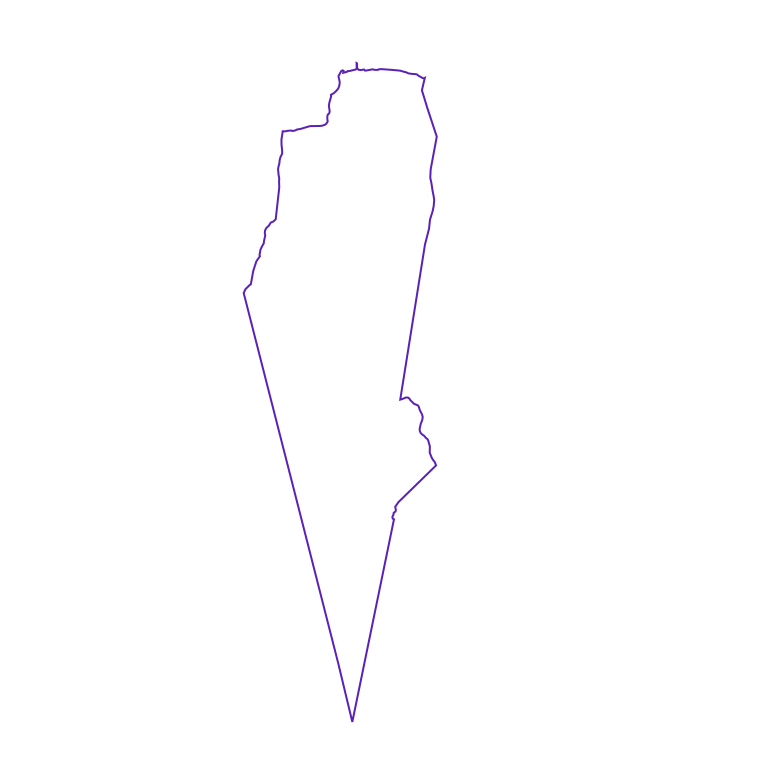 outline of Gagaemauga III, Gaga'emauga, Samoa, rotated 344°
{"feature_id": "51752279B15532907109577", "entity_name": "Gagaemauga III", "entity_type": "district", "adm_level": 2, "iso_a3": "WSM", "parent_name": "Samoa", "parent_adm1": "Gaga'emauga", "projection": "albers", "projection_center": [-172.363, -13.506], "detail": "fine", "context": "isolated", "style": "outline", "palette": "violet", "viewbox_px": 768, "rotation_deg": 344, "n_neighbors": 0, "source": "geoboundaries", "source_scale": "gbopen_adm2", "svg_char_len": 2043}
<svg xmlns="http://www.w3.org/2000/svg" viewBox="0 0 768 768"><g transform="rotate(344 384 384)"><path d="M507.6,101.0L506.7,101.2L505.2,100.3L501.8,96.8L501.1,95.6L499.9,94.9L495.8,93.4L492.9,92.0L491.4,90.6L489.3,89.4L485.8,87.2L478.4,84.3L467.7,80.4L465.6,80.1L464.8,80.4L461.2,79.3L459.9,78.4L453.5,77.8L452.1,77.5L451.4,76.1L448.4,75.9L446.3,75.0L445.2,73.4L446.4,68.2L446.1,67.9L444.7,73.4L443.6,73.9L441.1,73.8L436.6,73.6L435.1,73.2L434.5,73.7L430.6,73.6L431.5,71.9L430.7,71.1L429.3,71.3L425.3,75.3L424.9,76.8L424.9,78.9L424.6,81.8L423.3,84.9L421.4,87.4L418.4,89.4L415.4,90.8L412.8,91.3L412.4,93.1L409.0,98.5L407.6,101.7L407.0,106.7L405.9,108.8L404.4,109.4L403.3,111.0L402.5,114.0L402.3,116.0L400.8,117.5L399.3,118.4L395.8,118.7L392.7,118.1L385.1,116.0L383.4,115.7L373.9,115.8L370.5,115.4L368.5,115.8L365.8,115.6L364.8,114.8L361.5,114.1L359.3,114.0L356.2,113.2L355.4,115.2L352.9,120.5L351.5,125.5L350.4,131.7L349.6,134.5L346.9,137.5L345.4,140.1L344.1,143.4L342.8,145.4L341.4,148.2L340.4,153.4L339.9,157.7L338.9,160.6L337.5,166.2L325.3,195.8L322.5,197.3L319.7,197.6L316.9,200.1L313.7,201.7L311.9,203.8L310.9,206.4L310.9,208.3L308.1,213.4L307.1,215.8L305.2,217.5L302.3,220.8L299.9,225.7L300.0,226.9L295.2,230.8L289.4,239.4L284.8,248.8L283.4,251.5L282.0,251.9L276.9,254.7L274.2,257.9L267.2,497.9L263.0,640.3L260.4,700.1L356.3,516.8L355.3,515.8L355.4,514.1L357.4,511.7L357.8,510.5L359.9,509.7L360.7,508.4L360.9,505.2L365.2,501.6L411.6,476.6L411.3,473.0L410.4,471.0L409.6,468.3L409.0,462.7L410.9,456.6L410.9,450.2L410.6,449.0L409.4,447.3L408.3,444.8L406.8,443.1L405.7,441.1L405.5,439.0L405.8,437.1L408.6,432.0L410.6,429.6L412.1,426.5L412.2,423.8L411.2,418.8L411.2,415.5L410.6,413.8L407.5,411.4L404.9,406.9L404.3,404.9L403.5,403.8L401.4,403.0L397.5,403.5L395.3,403.5L461.9,261.1L469.4,248.3L470.0,247.4L473.5,238.7L478.3,231.4L480.7,226.9L483.0,220.9L483.6,216.2L483.9,212.0L485.0,203.5L485.3,198.6L487.9,190.9L488.8,189.0L502.9,160.8L501.7,130.0L501.5,117.7L501.4,112.1L507.6,101.0Z" fill="none" stroke="#5b21b6" stroke-width="2"/></g></svg>